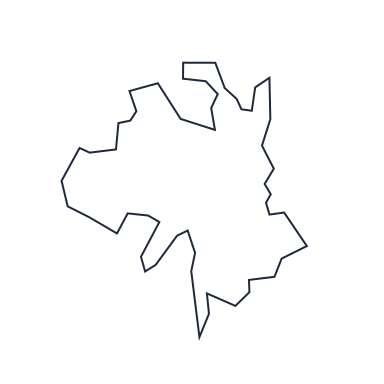 Asaka, Andijon, Uzbekistan, rotated 290°
{"feature_id": "79887680B69641421993469", "entity_name": "Asaka", "entity_type": "district", "adm_level": 2, "iso_a3": "UZB", "parent_name": "Uzbekistan", "parent_adm1": "Andijon", "projection": "albers", "projection_center": [72.224, 40.677], "detail": "fine", "context": "isolated", "style": "outline", "palette": "slate", "viewbox_px": 384, "rotation_deg": 290, "n_neighbors": 0, "source": "geoboundaries", "source_scale": "gbopen_adm2", "svg_char_len": 804}
<svg xmlns="http://www.w3.org/2000/svg" viewBox="0 0 384 384"><g transform="rotate(290 192 192)"><path d="M265.5,98.7L248.9,112.1L238.0,109.6L231.6,99.3L206.0,106.0L194.0,82.4L194.9,71.3L157.9,65.6L136.0,80.1L133.2,103.7L127.4,135.7L149.9,138.9L154.9,158.8L152.6,171.6L113.7,166.2L101.3,175.1L111.1,182.8L145.8,192.9L154.3,201.1L135.9,215.7L117.3,218.4L58.2,248.6L83.3,249.6L101.8,240.7L99.8,271.7L117.5,280.2L128.9,275.6L140.5,298.5L160.1,299.0L180.5,318.4L204.2,285.6L197.3,272.5L207.2,265.2L216.8,266.8L224.4,257.5L241.9,260.9L259.5,241.9L287.2,240.7L325.8,225.7L311.9,215.6L288.8,220.4L286.6,210.2L294.7,202.2L300.9,187.2L321.4,169.7L310.5,139.5L295.4,144.8L300.8,167.0L292.8,182.7L277.5,181.3L258.2,192.3L256.8,156.3L282.5,122.7L265.5,98.7Z" fill="none" stroke="#1e293b" stroke-width="2"/></g></svg>